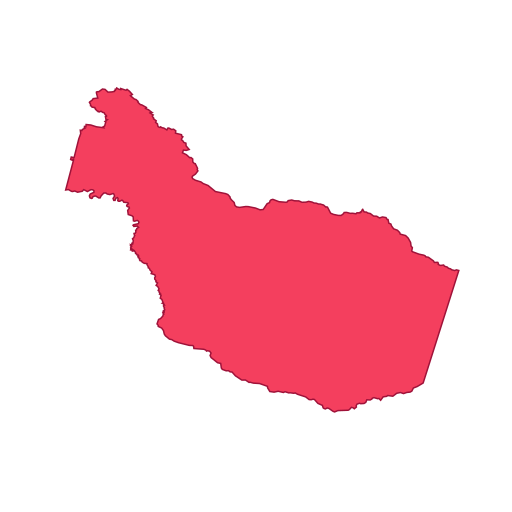 Tierralta, Córdoba, Colombia, rotated 282°
{"feature_id": "7082276B15762794727081", "entity_name": "Tierralta", "entity_type": "district", "adm_level": 2, "iso_a3": "COL", "parent_name": "Colombia", "parent_adm1": "Córdoba", "projection": "natural_earth1", "projection_center": [-76.048, 7.85], "detail": "fine", "context": "isolated", "style": "filled", "palette": "rose", "viewbox_px": 512, "rotation_deg": 282, "n_neighbors": 0, "source": "geoboundaries", "source_scale": "gbopen_adm2", "svg_char_len": 6061}
<svg xmlns="http://www.w3.org/2000/svg" viewBox="0 0 512 512"><g transform="rotate(282 256 256)"><path d="M124.3,378.2L125.2,379.3L127.8,380.8L127.7,382.7L127.0,383.9L129.1,385.6L130.5,385.1L132.1,385.6L133.5,387.9L133.3,389.1L134.2,392.3L135.6,393.8L138.4,394.3L138.9,397.6L140.2,399.1L141.0,399.3L142.0,400.8L141.7,404.7L142.2,405.9L140.8,407.9L144.7,409.7L145.9,413.0L146.9,413.8L147.3,419.0L151.0,422.2L152.5,425.7L152.1,428.9L153.9,431.9L154.9,435.0L156.2,436.5L159.6,437.4L161.9,440.9L166.5,445.9L284.0,457.4L284.1,454.9L283.1,453.4L283.2,450.4L283.9,448.9L284.0,446.8L284.9,445.5L285.2,442.5L286.2,441.4L285.2,438.7L285.2,437.4L285.8,435.9L286.8,435.9L287.6,435.1L286.8,431.8L288.1,430.6L290.6,424.9L290.5,422.2L291.3,421.5L291.7,420.0L291.7,415.1L292.7,408.2L293.3,407.3L296.7,407.2L298.0,405.6L301.4,404.4L305.2,401.1L307.1,398.1L307.4,392.5L308.8,391.7L310.6,389.0L311.2,385.0L313.6,382.3L315.3,381.3L315.7,379.1L319.1,377.6L319.0,376.7L320.6,375.2L320.5,371.6L318.9,368.9L320.0,365.8L319.5,362.7L321.3,359.0L321.3,356.2L321.9,355.0L321.6,352.6L323.8,350.7L323.1,350.2L321.7,350.0L320.6,348.9L320.3,349.3L319.8,348.6L319.2,345.7L318.1,345.0L317.9,341.6L317.3,339.3L317.5,335.6L316.9,333.2L315.5,332.7L313.4,330.9L312.8,328.0L312.8,323.2L313.4,320.1L318.5,315.9L318.8,315.2L318.4,314.1L319.9,311.5L320.2,307.8L319.8,306.7L320.2,304.0L319.9,301.8L320.4,299.7L320.4,296.1L319.1,293.8L318.1,289.8L318.8,286.5L318.0,282.2L318.2,279.3L316.9,276.0L315.3,275.2L314.8,274.3L313.9,267.3L314.9,260.7L314.1,259.1L313.0,258.3L311.0,258.1L309.5,256.0L303.0,253.4L302.0,250.4L302.8,245.5L302.7,238.2L302.3,235.8L300.1,229.8L300.0,226.8L301.0,224.9L303.8,223.5L305.7,220.5L307.1,218.8L308.4,218.3L310.3,215.7L310.7,213.3L310.6,202.9L315.0,194.5L315.9,189.2L317.0,186.8L317.5,181.0L318.5,178.0L319.7,177.1L320.8,177.2L323.6,179.8L327.2,181.5L328.3,180.5L329.6,180.6L333.7,177.4L333.6,176.5L334.9,174.6L337.8,173.9L338.8,171.9L338.4,170.7L340.6,166.9L341.7,162.6L344.5,163.0L344.8,165.9L346.3,168.5L349.2,164.7L351.8,164.0L352.1,161.8L353.6,160.3L354.1,159.0L355.2,158.8L357.4,159.7L357.9,158.4L359.2,157.9L359.4,151.7L361.8,151.5L362.9,149.0L362.2,147.1L363.0,144.4L362.9,143.3L360.8,142.6L362.0,139.2L361.9,137.6L362.5,135.8L361.8,135.4L361.8,134.5L362.3,133.2L364.8,132.1L365.8,130.0L367.5,130.3L368.9,127.2L369.6,127.3L370.9,125.7L371.6,125.5L372.6,126.1L373.9,122.5L374.7,123.3L374.9,124.2L376.7,120.4L377.3,117.3L378.5,117.9L380.1,112.8L380.0,111.6L381.1,109.6L382.1,108.4L382.7,108.5L384.1,106.1L384.2,104.5L386.7,99.8L388.3,101.5L390.9,97.9L392.2,95.2L391.1,94.4L391.7,88.9L390.7,89.2L390.6,88.7L390.6,86.9L391.4,84.8L390.2,84.5L389.8,83.6L388.7,84.0L388.2,83.2L387.5,83.2L386.6,81.1L385.5,77.2L387.6,73.7L387.4,71.1L384.1,68.1L383.6,66.3L383.1,65.8L382.1,66.1L377.6,68.4L376.1,64.0L374.5,63.4L372.0,61.2L371.6,61.1L370.2,62.5L368.6,62.9L368.6,63.4L367.5,64.7L367.7,67.3L367.3,67.3L366.9,68.3L366.2,68.4L364.9,70.5L364.7,71.8L364.4,71.7L364.3,72.7L365.4,74.3L364.6,76.2L364.6,77.6L363.2,78.8L362.1,80.6L361.5,80.7L361.1,79.7L358.4,80.8L358.4,82.2L356.2,80.3L355.9,81.2L351.6,80.9L350.7,79.7L349.8,80.5L349.2,73.1L349.8,67.2L349.3,62.5L347.1,62.7L347.1,61.3L345.6,61.4L345.4,62.0L343.6,59.8L342.5,59.6L342.5,58.0L339.3,59.1L333.7,58.3L314.4,57.6L314.4,54.7L311.9,54.6L311.5,56.3L312.7,57.0L312.3,57.6L281.0,56.1L282.0,58.7L280.9,62.0L280.9,63.1L281.9,65.2L281.3,68.2L283.2,72.6L285.1,73.7L284.0,77.7L286.6,80.8L286.8,82.5L286.2,83.9L284.6,84.2L282.2,81.0L280.2,80.5L278.4,81.5L278.1,83.2L278.5,83.8L280.2,84.2L281.2,86.0L281.3,86.9L280.1,90.2L280.4,91.4L282.6,92.0L285.9,94.0L286.4,96.1L285.7,97.5L285.7,100.3L287.4,103.2L287.0,104.1L285.2,105.2L282.6,104.2L280.8,105.3L281.1,106.6L283.5,107.0L284.3,108.4L283.4,109.2L281.5,109.2L281.0,109.9L281.2,111.3L282.7,113.2L282.6,114.0L281.1,115.5L281.5,119.6L280.6,120.3L278.9,119.0L278.1,119.1L277.6,119.9L277.4,121.7L276.6,122.2L273.9,121.0L270.0,122.4L269.6,126.2L268.8,127.7L264.9,128.8L264.8,130.0L266.1,132.4L265.7,133.7L264.6,134.5L263.1,134.1L261.2,129.9L260.5,129.3L259.5,130.4L260.6,133.6L259.6,135.2L258.1,133.7L256.7,133.7L256.2,132.9L254.3,133.5L253.2,133.2L252.7,132.0L251.0,132.8L251.5,133.2L248.4,132.6L247.2,131.6L245.5,132.8L242.1,132.9L241.7,132.3L242.2,132.0L241.0,131.7L241.0,131.2L240.1,132.2L239.8,131.3L239.0,132.1L238.0,131.7L237.4,132.5L236.7,131.5L236.8,132.4L235.9,132.1L235.8,132.8L236.8,133.4L236.1,133.9L236.4,135.0L236.0,135.3L235.4,134.9L235.8,136.0L234.0,137.8L233.4,137.7L233.1,138.9L232.4,139.2L232.4,140.5L231.5,140.5L231.5,141.0L230.9,140.8L230.6,141.4L229.9,141.2L229.3,142.8L228.1,142.8L227.3,143.6L227.4,145.0L226.3,146.0L225.6,148.2L225.9,151.0L225.0,151.1L222.9,153.0L222.1,153.0L221.7,154.3L220.2,155.3L218.9,157.5L217.0,157.1L216.6,160.9L215.0,161.9L213.6,161.4L212.3,161.8L211.1,163.4L210.0,163.4L209.2,165.3L206.5,164.4L205.8,166.1L203.8,167.9L201.9,167.5L201.6,168.4L200.3,168.9L199.7,169.8L198.7,169.6L198.7,170.4L198.4,170.2L197.7,171.3L194.8,171.1L194.0,172.9L191.1,174.8L190.4,174.2L190.4,175.4L189.5,175.6L189.7,175.9L189.0,176.6L188.8,176.0L187.8,175.9L186.5,177.1L186.1,176.9L184.4,177.9L183.0,176.8L182.8,177.7L181.9,177.8L182.0,177.0L181.1,176.6L180.0,177.9L179.4,177.4L177.9,177.4L174.9,175.6L173.7,173.9L169.0,173.3L167.8,174.8L166.8,175.0L165.9,178.7L163.8,181.0L160.6,182.5L159.1,184.0L156.7,188.6L156.7,191.1L155.7,193.6L155.1,198.1L154.7,209.3L155.3,212.8L154.7,213.7L152.6,214.5L153.9,224.3L153.6,226.3L152.7,227.4L153.3,228.4L153.2,230.5L151.7,232.2L149.1,231.8L147.3,233.2L143.6,240.6L143.6,243.8L139.2,245.4L138.1,246.6L137.5,250.6L138.1,253.0L137.3,254.7L137.5,256.7L134.5,260.8L131.7,267.9L132.5,271.5L130.9,275.5L131.3,276.3L131.1,279.8L132.0,286.0L130.9,294.3L129.4,294.8L126.3,297.7L126.6,302.0L128.3,305.8L128.2,311.2L129.3,312.6L128.9,316.6L129.3,317.6L129.6,321.6L130.2,322.8L129.4,325.3L128.5,333.9L126.6,337.8L126.9,339.9L127.8,341.5L127.8,343.0L124.7,347.2L123.7,352.0L121.5,353.2L121.0,354.2L120.8,355.6L122.1,357.2L122.1,358.9L120.1,363.6L119.8,365.3L121.8,368.2L124.3,378.2Z" fill="#f43f5e" stroke="#9f1239" stroke-width="1.5"/></g></svg>